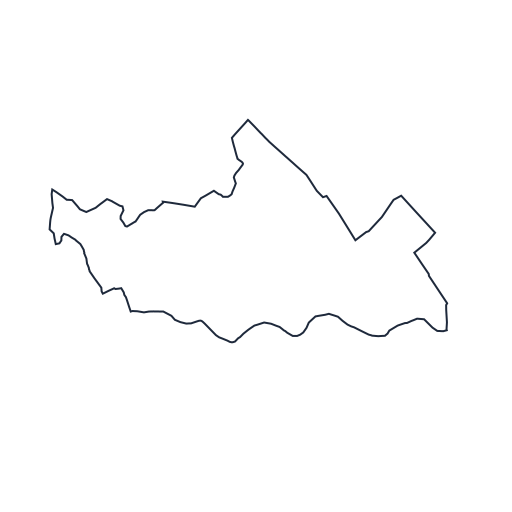 the district of Ans, Dhamar, Yemen, rotated 329°
{"feature_id": "15242507B14895692006944", "entity_name": "Ans", "entity_type": "district", "adm_level": 2, "iso_a3": "YEM", "parent_name": "Yemen", "parent_adm1": "Dhamar", "projection": "equal_earth", "projection_center": [44.359, 14.441], "detail": "fine", "context": "isolated", "style": "outline", "palette": "slate", "viewbox_px": 512, "rotation_deg": 329, "n_neighbors": 0, "source": "geoboundaries", "source_scale": "gbopen_adm2", "svg_char_len": 4123}
<svg xmlns="http://www.w3.org/2000/svg" viewBox="0 0 512 512"><g transform="rotate(329 256 256)"><path d="M319.5,387.7L323.6,389.8L325.4,390.8L328.4,390.3L328.7,390.3L331.1,389.0L331.9,388.6L335.1,388.6L338.3,388.6L340.4,388.6L341.5,388.6L343.1,388.9L347.7,389.9L349.1,390.2L349.5,390.4L351.0,391.2L355.6,391.7L356.8,391.9L357.8,392.1L361.8,392.7L363.9,394.2L367.5,396.8L370.4,408.3L372.8,413.6L375.4,415.3L375.8,415.6L377.8,416.9L381.3,417.9L381.6,416.9L385.5,411.2L391.2,400.3L393.7,396.0L395.5,395.0L394.7,377.7L394.0,362.1L394.8,360.4L394.1,348.3L393.4,334.7L408.6,332.5L412.8,331.3L421.5,328.3L416.4,303.4L415.9,301.0L411.5,279.1L406.6,278.9L402.9,278.7L398.9,280.5L397.6,281.1L384.0,287.4L383.0,287.7L380.5,288.4L365.4,292.8L364.9,292.7L363.9,292.5L362.9,292.2L349.3,293.7L349.2,284.6L348.9,262.4L347.4,240.9L343.7,240.1L341.7,231.6L341.6,229.9L341.3,219.9L341.0,212.4L339.8,208.7L336.7,198.9L335.4,194.6L335.2,194.0L333.0,186.9L332.8,186.4L330.1,177.6L328.4,172.2L326.1,164.7L325.9,163.7L325.3,161.2L324.8,159.4L323.9,155.1L323.6,153.8L323.4,153.3L322.4,148.8L321.4,144.2L319.5,136.2L319.2,135.2L315.4,136.4L300.8,140.8L296.2,142.3L295.0,146.0L293.7,150.5L293.2,152.5L292.4,155.2L292.0,156.6L291.1,159.8L290.6,161.9L290.4,162.7L290.2,163.0L290.3,163.3L291.0,165.2L291.4,166.0L292.3,168.0L292.4,168.6L292.5,169.1L292.5,169.3L292.4,170.1L291.7,170.8L287.5,172.5L285.2,173.5L284.1,173.8L281.6,174.6L279.0,175.9L277.5,177.2L277.4,177.5L276.8,180.1L276.7,180.5L276.6,180.9L276.4,181.8L276.1,183.4L272.4,186.3L269.1,188.6L266.9,190.5L265.6,190.7L264.5,190.8L263.0,190.8L262.4,190.8L262.2,190.6L261.6,190.3L258.9,188.7L258.7,188.5L258.2,188.3L258.0,187.5L257.8,186.7L257.6,186.0L257.5,185.8L257.5,185.7L257.3,185.2L256.5,184.4L256.0,184.0L255.8,183.6L255.2,182.3L255.2,182.2L254.8,181.4L253.5,178.4L243.8,178.3L238.5,178.1L233.3,180.3L228.9,182.2L227.4,180.9L220.2,174.7L213.4,169.0L210.5,166.6L204.1,161.4L203.8,162.5L200.7,163.0L195.1,164.0L193.8,164.3L193.1,164.4L192.6,164.5L191.2,163.7L189.0,162.3L187.1,161.2L183.4,160.8L183.0,160.7L178.0,161.0L176.4,161.7L173.2,163.2L170.5,164.4L170.4,164.3L160.6,164.3L159.4,163.0L159.5,159.0L159.0,154.5L160.6,152.0L165.9,148.6L167.1,144.7L165.1,142.7L160.9,135.3L160.9,135.1L160.7,134.8L157.6,130.5L155.5,130.7L150.6,131.2L150.1,131.2L147.0,131.6L144.2,132.0L143.3,132.1L135.9,131.2L133.2,130.9L131.5,128.6L129.5,125.8L129.1,125.2L128.6,121.5L127.2,113.4L125.0,111.8L122.7,110.3L120.9,105.5L117.8,98.5L115.6,94.1L112.7,97.7L108.7,105.8L106.8,110.2L104.3,112.8L102.0,115.2L101.5,115.7L99.7,117.6L98.4,119.1L96.9,121.1L92.8,126.9L94.3,132.4L92.3,137.3L90.5,142.7L94.0,143.9L94.7,143.6L95.9,143.0L97.1,142.5L99.1,139.4L102.8,138.1L103.1,138.4L105.8,141.6L106.4,142.7L106.9,143.9L107.5,145.2L109.6,149.1L109.6,149.7L111.6,155.3L111.6,158.2L111.5,162.0L110.8,163.7L110.7,164.5L110.1,165.2L110.1,165.5L109.3,170.8L108.3,173.1L107.7,174.5L107.2,175.7L107.1,177.1L106.6,180.1L106.0,181.4L105.9,182.6L105.5,183.5L105.7,186.2L106.0,191.2L106.0,191.5L107.1,203.5L105.5,206.7L105.4,207.5L105.3,209.4L112.4,210.0L116.7,210.5L117.8,210.6L118.5,211.9L121.6,213.3L123.9,214.2L123.9,215.1L123.9,219.1L123.2,221.2L123.1,221.6L123.3,224.3L122.6,227.6L121.0,234.5L120.0,239.1L121.7,239.5L125.9,242.3L130.9,246.6L135.7,248.5L139.4,250.6L145.7,254.5L147.9,255.8L152.7,263.7L153.6,268.9L157.1,273.7L161.4,278.0L164.0,279.4L165.6,280.3L171.5,281.6L173.6,282.1L174.3,282.4L175.3,282.9L175.7,283.4L176.1,284.0L176.6,285.4L177.2,287.5L180.9,303.2L182.5,306.7L184.6,309.4L186.1,311.4L187.9,313.8L189.3,316.1L190.9,317.6L192.2,318.1L194.0,318.5L195.8,318.0L198.3,317.3L198.9,317.3L200.6,317.3L205.2,316.1L211.2,315.3L213.6,315.1L218.8,314.8L221.8,315.6L228.7,317.2L233.1,321.0L234.1,321.9L237.4,326.2L239.7,329.0L240.8,331.9L241.6,334.2L242.4,335.4L243.2,337.8L246.3,343.4L250.1,345.7L253.3,346.2L257.1,345.9L262.3,343.6L266.9,340.3L267.7,340.1L275.9,338.4L276.3,338.6L279.0,339.6L285.0,342.0L288.7,343.1L290.1,344.7L292.6,347.5L295.0,350.3L296.8,356.1L299.1,361.9L301.3,365.3L303.3,367.6L308.1,375.2L312.1,381.4L314.1,383.5L314.4,384.0L319.5,387.7Z" fill="none" stroke="#1e293b" stroke-width="2"/></g></svg>